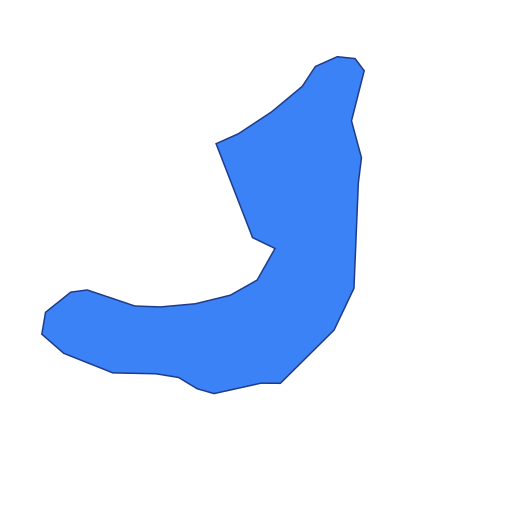 SVG path tracing the border of Hauts-de-Seine, rotated 226°
{"feature_id": "FRA-5306", "entity_name": "Hauts-de-Seine", "entity_type": "Metropolitan department", "adm_level": 1, "iso_a3": "FRA", "parent_name": "France", "parent_adm1": "", "projection": "orthographic", "projection_center": [2.26, 48.844], "detail": "fine", "context": "isolated", "style": "filled", "palette": "blue", "viewbox_px": 512, "rotation_deg": 226, "n_neighbors": 0, "source": "natural_earth", "source_scale": "10m", "svg_char_len": 562}
<svg xmlns="http://www.w3.org/2000/svg" viewBox="0 0 512 512"><g transform="rotate(226 256 256)"><path d="M285.8,151.8L263.9,179.0L245.6,210.4L237.9,240.1L248.2,274.9L271.6,266.3L364.5,305.3L356.1,328.5L348.8,367.8L345.9,407.2L351.1,430.4L342.9,452.9L329.2,464.4L314.1,462.5L286.9,418.6L253.4,400.1L237.5,380.4L164.7,304.0L148.5,260.7L147.5,185.1L161.1,171.2L186.2,130.2L201.3,121.5L222.4,115.9L240.9,102.1L271.4,71.8L319.5,50.1L348.5,47.6L361.7,65.5L358.7,97.6L348.8,111.0L304.2,134.1L285.8,151.8Z" fill="#3b82f6" stroke="#1e3a8a" stroke-width="1.5"/></g></svg>